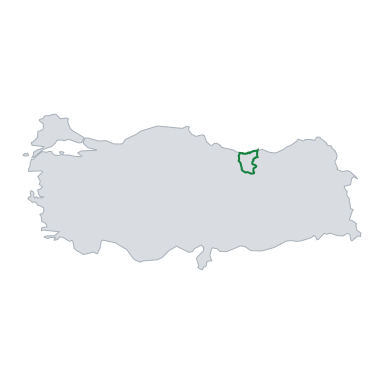 Giresun highlighted on a map of Turkey
{"feature_id": "TUR-2292", "entity_name": "Giresun", "entity_type": "Province", "adm_level": 1, "iso_a3": "TUR", "parent_name": "Turkey", "parent_adm1": "", "projection": "orthographic", "projection_center": [38.652, 40.562], "detail": "fine", "context": "in_parent", "style": "outline", "palette": "green", "viewbox_px": 384, "rotation_deg": 0, "n_neighbors": 0, "source": "natural_earth", "source_scale": "10m", "svg_char_len": 4827}
<svg xmlns="http://www.w3.org/2000/svg" viewBox="0 0 384 384"><path d="M298.1,139.2L303.5,141.0L305.3,139.5L310.2,139.5L314.6,140.4L316.9,137.1L320.0,137.3L320.6,138.9L322.1,139.4L326.9,143.3L326.4,143.8L327.6,145.3L331.5,146.1L332.0,148.1L335.3,151.1L337.1,155.8L336.3,159.2L334.7,161.4L337.6,168.5L336.9,169.4L341.9,171.5L347.9,170.7L349.9,171.6L356.1,177.0L357.8,179.1L353.5,176.6L351.4,179.1L350.6,184.8L344.2,186.2L345.4,189.8L347.2,191.4L346.8,194.9L347.4,196.2L349.3,198.4L349.3,201.5L350.2,204.7L350.4,208.6L353.2,209.6L352.1,211.5L349.5,219.7L349.8,220.3L351.8,220.4L356.6,223.8L355.9,225.0L356.8,230.1L361.0,233.1L360.4,234.8L360.7,236.5L357.7,236.0L352.1,240.9L351.4,240.8L350.5,239.3L350.1,234.8L348.6,233.7L346.7,233.5L343.6,235.8L340.7,235.8L337.8,235.6L329.9,233.2L327.1,234.3L324.1,233.4L318.6,239.2L316.8,239.8L315.9,237.0L313.8,235.5L311.3,237.7L301.4,240.8L296.8,241.4L291.2,240.6L286.6,241.0L274.1,247.5L262.0,250.9L251.1,250.7L245.2,246.8L240.5,245.9L226.6,251.7L219.8,251.4L217.5,248.9L212.3,247.8L211.2,250.1L209.9,255.6L211.7,260.8L208.7,261.0L206.8,262.1L206.2,265.9L203.5,267.4L202.5,269.7L202.0,269.8L197.7,267.7L198.9,265.8L196.4,258.6L197.8,256.5L203.6,250.8L203.6,247.4L201.2,245.0L194.0,249.0L193.3,250.7L191.6,251.9L188.9,252.3L176.5,246.2L168.8,250.8L162.2,257.5L157.2,259.8L143.0,260.9L140.4,262.1L135.7,260.3L132.9,258.2L126.9,249.7L115.2,242.7L102.4,240.1L101.1,241.5L100.2,247.7L97.6,253.3L96.5,253.8L93.8,252.1L83.5,254.5L75.4,249.8L74.1,248.0L72.8,241.1L71.6,240.4L70.2,241.2L68.8,241.0L63.0,237.4L59.8,236.8L57.5,239.5L54.2,240.3L54.2,239.4L55.7,237.7L50.6,237.5L47.7,238.5L44.2,237.2L44.5,236.5L47.6,235.9L54.5,235.7L59.2,231.8L43.1,230.0L41.5,230.7L41.5,228.4L42.5,227.4L46.9,227.1L46.8,225.1L44.5,222.7L41.8,221.3L41.1,216.2L39.9,214.8L40.1,214.1L42.8,213.6L43.8,210.1L43.7,207.9L38.8,205.3L37.6,205.3L36.6,203.2L34.6,201.6L32.7,202.4L27.9,198.8L29.1,196.8L30.4,197.1L30.9,195.4L30.2,192.5L30.5,191.1L31.7,190.9L32.9,191.4L34.0,193.2L33.7,196.4L34.8,198.4L36.0,196.7L38.3,198.0L42.6,197.6L43.5,196.9L40.4,196.6L39.4,195.7L37.5,190.1L40.3,189.0L42.4,186.7L39.2,184.5L40.3,181.1L37.8,176.7L42.5,172.1L42.4,171.4L41.2,170.9L28.5,171.3L28.6,169.0L29.8,167.1L30.4,162.2L31.3,159.6L33.7,159.1L37.0,155.6L42.2,151.6L46.9,152.3L48.9,151.3L51.7,151.6L52.3,153.5L54.6,155.1L58.9,155.5L61.2,154.5L59.4,152.0L62.0,151.6L63.9,152.4L62.5,154.7L63.1,155.0L68.8,155.0L74.6,156.3L81.1,156.7L82.0,156.0L77.7,153.0L80.9,151.1L82.6,150.9L96.4,150.3L96.5,149.8L88.3,147.8L84.3,144.4L83.3,142.7L84.6,138.9L85.6,138.0L88.6,138.1L98.6,141.0L106.0,140.6L113.7,143.9L121.4,144.0L123.0,143.0L125.3,139.5L136.5,134.2L140.5,131.2L157.5,126.0L182.4,128.4L186.9,126.2L189.4,127.1L188.6,128.7L188.7,130.2L191.5,134.1L195.9,136.4L202.2,134.8L204.4,135.6L206.4,141.5L210.2,145.1L212.0,145.4L214.4,143.4L216.7,143.2L220.3,145.3L221.6,147.4L233.6,150.0L236.1,151.8L244.3,153.6L262.4,149.4L269.0,152.2L274.6,153.0L276.9,152.5L284.2,149.0L286.4,147.1L290.9,145.3L296.5,141.4L298.1,139.2ZM68.4,118.7L67.7,121.3L68.4,124.2L70.4,128.5L72.6,130.8L84.1,137.6L81.8,142.5L78.7,142.9L68.6,139.3L64.2,140.8L61.2,139.9L56.9,140.3L55.3,143.2L51.9,146.3L43.1,149.5L34.3,156.9L32.0,157.7L33.4,155.0L33.6,152.4L37.3,149.9L42.3,148.3L43.8,146.6L32.0,145.3L31.3,142.5L32.6,142.2L37.0,138.0L37.6,136.2L37.9,131.6L42.8,129.6L43.4,128.6L43.3,123.9L39.3,120.7L39.6,119.4L42.8,118.7L45.0,115.7L49.6,115.8L51.9,114.5L55.9,114.2L60.3,118.8L66.2,118.0L68.4,118.7ZM28.2,155.8L24.2,155.9L23.0,155.0L24.5,153.8L27.6,153.3L28.4,154.8L28.2,155.8Z" fill="#d9dde1" stroke="#a8b0b8" stroke-width="1"/><path d="M239.7,152.8L240.5,153.0L241.2,153.2L241.6,153.2L242.3,153.0L242.7,153.1L243.4,153.8L243.8,153.8L244.4,153.6L245.1,153.7L245.5,153.8L245.7,153.6L247.0,153.6L247.3,153.4L247.9,152.7L248.2,152.6L248.7,152.4L248.9,152.5L249.0,152.5L249.3,152.9L249.4,153.1L249.6,153.0L249.9,153.0L250.1,152.9L250.4,152.7L250.6,152.5L250.8,152.4L251.1,152.0L251.2,151.9L251.3,151.8L251.7,151.7L252.9,151.4L253.1,151.3L253.4,151.0L253.8,150.9L255.7,150.9L257.1,150.5L257.3,150.4L257.6,150.2L257.1,153.0L257.1,154.1L257.2,156.2L257.5,157.1L255.5,157.4L255.3,157.6L255.3,158.0L254.9,158.2L254.5,158.3L254.0,158.7L253.4,159.1L253.2,159.7L253.5,160.4L253.1,161.0L252.6,161.5L252.4,161.8L252.4,162.0L252.3,163.0L252.3,163.8L252.8,164.4L254.9,164.9L255.3,165.3L255.8,165.8L256.2,165.9L256.1,166.7L255.6,167.2L253.8,168.2L253.5,168.6L253.4,169.4L253.5,170.2L253.4,171.0L253.6,171.8L254.1,172.4L253.9,173.2L253.2,173.5L251.7,173.6L250.9,173.6L249.1,172.7L247.3,172.1L245.5,172.5L244.4,171.9L243.4,171.1L242.4,170.6L241.7,169.6L241.8,168.3L240.4,162.8L238.7,160.9L238.8,160.3L239.0,159.9L239.1,159.1L239.0,158.3L239.1,157.5L239.0,156.8L238.7,156.1L238.8,155.4L239.0,154.8L239.4,154.4L239.7,153.7L239.6,152.9L239.7,152.8Z" fill="none" stroke="#15803d" stroke-width="2"/></svg>